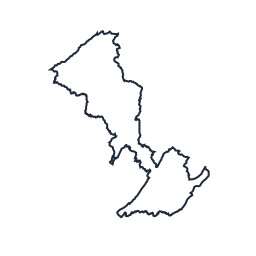 Neiva, Huila, Colombia, rotated 197°
{"feature_id": "7082276B10918286355", "entity_name": "Neiva", "entity_type": "district", "adm_level": 2, "iso_a3": "COL", "parent_name": "Colombia", "parent_adm1": "Huila", "projection": "natural_earth1", "projection_center": [-75.303, 3.004], "detail": "fine", "context": "isolated", "style": "outline", "palette": "slate", "viewbox_px": 256, "rotation_deg": 197, "n_neighbors": 0, "source": "geoboundaries", "source_scale": "gbopen_adm2", "svg_char_len": 5835}
<svg xmlns="http://www.w3.org/2000/svg" viewBox="0 0 256 256"><g transform="rotate(197 128 128)"><path d="M134.9,89.6L132.1,88.8L132.3,91.9L131.8,94.0L132.4,95.8L131.1,95.1L130.5,95.5L130.5,96.3L129.3,96.7L128.0,106.4L125.6,108.6L125.6,109.8L124.9,111.1L124.4,111.2L123.6,109.9L122.2,110.4L121.5,109.5L121.4,110.6L120.2,109.9L119.8,107.9L119.4,107.4L117.2,106.9L115.7,107.4L113.1,106.8L113.2,106.3L112.4,105.2L112.6,100.9L112.1,100.8L111.5,101.7L111.1,101.4L111.6,98.6L110.0,99.1L109.4,98.3L108.5,98.8L108.6,99.5L108.2,99.3L108.2,99.8L107.1,100.3L105.9,99.1L106.2,96.4L104.6,93.9L103.3,94.9L102.1,94.4L101.6,93.6L99.8,93.7L99.2,92.5L97.4,91.8L97.2,93.0L95.3,93.3L95.0,94.4L94.2,93.9L94.1,93.1L95.5,89.8L95.7,88.2L95.1,87.3L93.1,86.5L94.2,84.5L94.0,82.7L94.8,81.2L95.1,79.2L97.0,74.4L99.3,66.0L100.3,64.5L101.0,62.0L102.1,60.8L102.3,59.6L104.3,56.0L104.9,56.5L105.3,56.4L106.9,52.9L109.1,50.1L112.1,47.2L113.5,44.6L113.5,43.8L112.4,42.5L108.6,40.7L107.7,41.6L107.7,42.5L106.6,44.0L106.6,45.4L106.0,46.4L104.9,45.9L104.2,43.3L102.3,43.6L101.5,44.9L100.1,45.8L100.2,47.3L98.7,47.9L99.2,48.7L97.0,49.2L96.7,50.4L95.7,50.3L95.1,51.3L93.6,51.7L92.3,50.8L91.5,50.9L90.1,52.3L88.4,51.9L88.2,52.6L87.4,52.9L87.3,53.4L86.6,53.3L86.1,53.7L85.7,53.1L84.6,52.8L84.5,52.0L83.2,51.4L82.2,51.7L81.8,52.6L81.3,52.5L80.0,54.1L79.3,53.9L78.0,51.5L77.0,51.4L75.6,52.3L74.7,53.9L75.0,54.4L74.6,55.6L74.0,55.5L74.1,56.6L73.4,57.6L71.1,57.8L70.9,57.4L70.2,57.3L70.0,57.8L68.9,58.1L68.2,57.7L68.0,58.1L67.6,57.9L67.3,57.2L67.3,57.8L66.8,57.9L66.6,57.3L65.0,57.2L64.6,57.9L63.5,56.8L62.9,57.0L62.7,56.5L61.6,56.9L60.6,58.3L60.5,59.1L59.3,59.7L58.4,61.1L56.8,62.2L56.4,62.9L55.9,62.9L55.3,64.3L54.5,64.7L54.3,65.5L53.5,65.5L52.8,66.4L52.9,67.1L52.0,68.9L50.8,73.0L50.6,75.8L50.1,77.8L48.4,80.7L46.9,82.4L47.4,83.4L49.2,84.1L47.6,86.4L47.3,89.6L47.5,90.6L45.9,92.5L43.6,92.9L42.4,93.7L41.2,97.8L40.0,100.1L39.1,101.1L36.9,105.8L38.0,109.7L39.0,110.6L41.5,111.3L42.3,112.3L42.8,114.1L42.9,112.3L44.1,107.9L44.3,105.7L46.7,101.8L49.3,99.1L51.1,97.9L54.2,96.7L54.1,97.2L55.8,99.1L56.4,100.4L55.8,101.0L57.9,103.3L59.2,104.0L59.0,105.6L59.5,106.7L61.2,107.5L63.4,107.8L63.4,109.7L61.9,111.9L62.6,113.4L61.3,117.4L63.2,117.7L64.1,117.1L66.2,117.2L69.0,118.5L69.9,117.8L71.7,117.9L72.5,118.3L72.8,119.2L72.1,120.9L72.7,121.1L76.0,120.4L77.6,121.8L78.7,121.9L79.6,122.6L81.0,120.2L82.2,119.8L82.0,119.2L82.5,119.0L82.4,117.8L83.0,116.8L84.2,116.5L86.1,114.1L86.6,112.9L86.4,111.9L87.0,108.8L86.8,107.3L87.3,106.5L88.6,99.5L89.0,99.0L89.9,99.0L90.4,101.6L92.9,102.5L94.1,103.7L94.0,104.1L95.9,105.1L97.1,106.5L97.1,108.1L96.7,109.4L97.1,109.5L96.4,110.2L97.1,111.1L95.8,112.9L98.6,112.7L99.8,113.4L100.2,113.2L100.7,114.0L102.9,115.8L103.9,115.1L104.6,115.3L104.9,116.0L105.5,115.6L107.3,116.1L107.4,116.7L107.9,116.4L108.4,115.5L108.3,114.4L108.7,114.4L109.0,115.2L109.6,115.1L109.7,115.7L110.9,115.9L111.3,116.4L113.1,116.2L113.9,118.9L114.8,119.6L113.9,124.0L114.4,125.3L115.7,126.9L119.2,138.5L119.9,139.1L120.0,138.9L121.8,139.4L121.8,138.7L122.5,138.0L123.4,138.1L123.4,141.0L121.7,143.6L121.1,148.1L122.4,149.5L122.0,150.6L122.4,151.3L122.4,152.6L124.3,153.6L124.3,156.7L124.7,157.5L125.2,157.3L125.6,157.8L125.6,158.6L124.8,159.1L124.4,160.0L125.4,160.7L125.2,163.1L126.2,164.7L126.1,170.1L127.0,171.1L128.5,171.2L129.0,171.8L130.0,171.5L131.5,171.9L132.3,172.7L133.1,172.6L133.8,173.3L135.7,173.2L136.6,173.8L138.0,173.2L138.7,173.7L140.0,173.6L141.0,172.5L144.6,172.6L145.0,172.0L145.4,172.5L146.0,172.4L148.2,175.8L148.1,177.5L150.0,180.4L150.1,181.5L152.0,182.8L152.3,183.6L153.0,183.4L153.8,184.2L155.4,184.5L155.7,186.5L157.0,187.2L159.5,187.6L160.8,188.5L161.3,189.7L161.0,191.3L160.0,192.2L158.5,192.6L158.1,195.4L160.0,196.5L159.9,197.7L161.2,198.6L161.7,200.2L159.3,202.2L160.7,204.0L162.5,205.0L162.8,204.8L162.8,204.1L163.5,203.8L164.3,204.4L166.5,204.8L167.8,207.1L167.2,208.9L166.9,211.2L165.2,213.0L164.9,214.2L165.1,215.3L166.5,214.4L171.5,213.4L173.5,214.9L175.2,212.6L178.3,210.9L179.5,211.8L180.1,213.1L180.6,213.1L181.6,212.2L184.1,208.4L184.8,208.2L185.3,209.4L185.5,208.5L188.6,204.4L189.4,202.5L191.3,200.7L191.8,199.3L192.8,198.6L193.2,196.7L194.6,195.0L197.1,193.5L197.4,191.5L198.5,190.3L198.2,188.4L198.8,186.8L200.4,183.9L201.0,183.8L201.7,182.9L202.7,180.6L204.0,179.7L205.1,177.1L206.4,175.5L207.2,173.4L208.3,172.4L210.8,171.9L211.9,169.6L213.9,168.7L214.3,167.1L216.1,166.6L216.4,164.7L219.1,161.3L217.5,161.7L214.9,160.4L213.6,161.2L212.1,160.8L210.8,157.6L211.8,156.6L212.5,154.8L212.1,153.7L211.6,153.6L212.3,150.9L212.1,149.6L211.1,149.8L210.5,150.7L209.8,150.4L209.3,151.1L206.3,149.6L205.0,150.3L203.6,149.1L201.6,149.8L200.7,148.9L199.8,149.2L198.1,148.7L197.4,147.7L196.9,147.8L196.3,147.2L194.9,147.8L194.6,147.2L194.1,147.2L193.8,145.9L192.3,144.3L191.5,145.1L190.8,145.1L190.7,146.3L190.4,146.5L188.0,145.8L187.6,144.5L186.5,143.9L184.4,145.2L184.2,145.0L182.1,147.3L181.5,147.1L180.9,147.6L180.6,147.2L179.5,147.7L178.5,147.2L178.2,147.6L177.6,147.4L177.2,147.0L177.2,146.1L176.7,145.8L175.9,142.9L174.2,141.1L174.9,140.4L174.8,139.3L174.3,137.9L174.3,135.9L173.5,133.7L174.1,132.0L173.4,131.5L173.2,129.8L172.3,129.9L171.8,129.1L170.9,129.5L169.8,128.6L169.4,128.9L168.9,128.4L168.3,129.2L168.1,128.5L167.3,129.2L166.6,128.3L166.3,129.1L163.7,128.6L162.4,129.3L162.0,128.7L160.6,129.4L160.0,130.7L158.3,130.2L156.6,131.3L155.2,130.7L153.8,128.7L152.4,128.3L151.7,126.6L149.1,125.4L148.5,124.3L148.2,121.9L147.8,121.9L146.1,120.2L145.3,120.0L145.0,119.3L144.3,119.7L143.7,118.3L143.1,118.3L142.8,117.5L139.7,117.4L139.1,117.7L138.8,118.5L137.5,116.5L136.8,116.7L136.8,116.2L140.2,113.0L140.5,110.4L141.7,108.7L141.0,108.5L140.7,106.3L139.7,105.6L137.1,105.3L136.0,103.4L134.1,101.2L133.6,98.2L133.6,97.6L134.3,97.0L134.4,93.6L133.8,92.1L135.3,90.3L134.9,89.6Z" fill="none" stroke="#1e293b" stroke-width="2"/></g></svg>